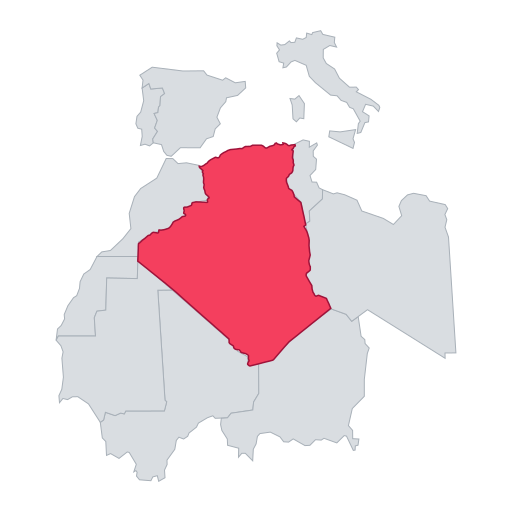 Algeria highlighted among its neighbors
{"feature_id": "DZA", "entity_name": "Algeria", "entity_type": "country or territory", "adm_level": 0, "iso_a3": "DZA", "parent_name": "Africa", "parent_adm1": "", "projection": "equal_earth", "projection_center": [1.791, 28.04], "detail": "fine", "context": "with_neighbors", "style": "filled", "palette": "rose", "viewbox_px": 512, "rotation_deg": 0, "n_neighbors": 10, "source": "natural_earth", "source_scale": "50m", "svg_char_len": 10113}
<svg xmlns="http://www.w3.org/2000/svg" viewBox="0 0 512 512"><path d="M138.2,256.5L137.3,278.6L106.7,278.0L105.8,310.1L96.9,311.2L94.3,317.7L95.5,336.0L58.4,336.0L56.1,340.2L57.5,329.0L61.2,325.5L64.6,318.9L64.2,314.6L67.9,305.7L73.5,297.7L76.7,295.7L79.5,288.4L80.1,281.7L83.8,274.0L90.2,269.5L97.0,256.5L138.2,256.5Z" fill="#d9dde1" stroke="#a8b0b8" stroke-width="1"/><path d="M106.5,455.4L105.8,441.5L102.3,437.9L100.3,422.3L103.6,420.0L105.4,412.3L115.1,415.6L120.6,413.1L124.3,413.9L125.8,411.0L164.4,410.9L166.7,401.8L165.0,400.2L157.8,290.2L172.2,290.0L235.3,345.2L237.6,351.2L247.9,356.9L248.1,365.0L258.6,363.8L258.8,393.4L253.6,402.0L252.8,410.0L231.1,413.2L227.5,417.8L215.2,418.3L212.8,415.8L207.5,417.7L198.4,423.1L196.5,427.1L189.0,433.0L187.7,436.3L183.6,439.0L178.9,437.2L176.3,440.4L174.8,449.3L167.0,460.1L167.1,464.5L164.5,470.1L165.0,477.7L158.7,481.3L157.3,475.7L152.8,476.9L150.9,480.7L139.5,479.8L136.5,476.1L137.1,472.2L135.9,470.6L133.8,471.9L136.3,464.3L129.2,452.4L127.2,452.0L119.0,458.4L110.6,453.6L106.5,455.4Z" fill="#d9dde1" stroke="#a8b0b8" stroke-width="1"/><path d="M56.1,340.2L58.4,336.0L95.5,336.0L94.3,317.7L96.9,311.2L105.8,310.1L106.7,278.0L137.3,278.6L137.9,259.8L172.2,290.0L157.8,290.2L165.0,400.2L166.7,401.8L164.4,410.9L125.8,411.0L124.3,413.9L120.6,413.1L115.1,415.6L105.4,412.3L103.6,420.0L100.3,422.3L88.5,403.9L77.8,396.7L72.4,396.8L67.6,399.6L62.9,398.5L59.5,402.7L58.9,395.7L61.8,389.3L63.4,377.2L61.9,358.2L63.1,351.8L60.9,345.7L56.1,340.2Z" fill="#d9dde1" stroke="#a8b0b8" stroke-width="1"/><path d="M358.2,316.6L361.1,336.3L364.8,339.6L365.1,343.6L369.2,348.0L367.3,353.5L364.3,379.5L364.3,396.3L352.3,408.5L348.4,425.6L352.6,430.4L352.7,438.7L358.9,439.0L358.0,445.2L355.3,445.9L355.1,450.1L353.3,450.4L346.5,436.1L344.2,435.6L336.8,442.9L324.0,438.3L321.2,440.1L315.5,439.7L309.9,445.3L305.0,445.6L293.2,438.9L288.6,442.1L283.7,441.8L280.0,436.9L270.3,432.1L259.9,433.6L257.4,436.4L256.1,443.9L253.3,449.2L252.7,460.8L245.3,453.3L241.8,453.3L238.5,457.2L238.7,448.2L227.6,445.3L227.3,439.0L221.9,430.5L220.6,424.6L221.3,418.3L227.5,417.8L231.1,413.2L252.8,410.0L253.6,402.0L258.8,393.4L258.6,363.8L272.0,358.1L299.2,333.0L331.1,308.9L346.1,314.3L351.7,321.3L358.2,316.6Z" fill="#d9dde1" stroke="#a8b0b8" stroke-width="1"/><path d="M305.4,224.0L301.0,202.2L287.5,187.3L286.5,178.2L291.9,171.6L293.7,161.8L292.0,150.6L293.7,144.6L303.1,139.9L309.4,141.3L309.3,147.2L316.7,142.9L317.4,145.1L313.2,150.9L313.3,156.3L316.5,159.2L315.7,169.5L310.0,175.5L312.0,182.0L316.6,182.2L319.1,187.9L322.6,189.7L322.4,199.0L309.3,211.0L309.8,221.2L305.4,224.0Z" fill="#d9dde1" stroke="#a8b0b8" stroke-width="1"/><path d="M142.1,88.0L148.9,83.5L150.8,89.0L162.4,88.0L164.6,93.6L160.5,96.7L160.0,105.5L158.5,107.2L157.9,112.6L154.1,113.5L157.3,120.4L154.6,128.0L157.5,131.4L152.7,139.0L153.3,142.8L149.6,145.9L145.0,144.2L140.4,145.5L142.2,136.4L141.7,129.2L137.8,128.2L135.9,123.8L137.0,116.3L140.7,112.1L143.7,100.7L142.1,88.0Z" fill="#d9dde1" stroke="#a8b0b8" stroke-width="1"/><path d="M153.3,142.8L152.7,139.0L157.5,131.4L154.6,128.0L157.3,120.4L154.1,113.5L157.9,112.6L158.5,107.2L160.0,105.5L160.5,96.7L164.6,93.6L162.4,88.0L150.8,89.0L148.9,83.5L142.1,88.0L143.0,80.1L139.8,75.2L152.2,67.2L182.9,71.0L203.6,70.8L207.0,75.1L222.6,80.2L225.7,77.8L235.3,82.8L245.2,81.4L245.7,87.9L237.6,95.4L226.5,97.8L225.8,101.6L220.4,107.9L216.9,117.2L220.3,123.8L215.2,128.9L213.2,136.5L206.5,138.8L200.1,147.8L180.4,147.7L171.2,156.3L166.9,155.3L163.7,151.4L161.5,144.6L153.3,142.8Z" fill="#d9dde1" stroke="#a8b0b8" stroke-width="1"/><path d="M306.7,33.1L311.8,34.6L312.6,32.6L320.7,30.7L322.8,34.4L334.8,37.2L334.3,42.5L336.6,47.1L329.8,45.5L323.3,49.4L323.2,57.9L326.3,63.5L334.6,69.0L339.4,78.2L349.5,87.2L356.3,87.1L358.5,89.6L356.3,91.8L370.9,99.3L378.8,105.3L379.8,107.4L378.5,111.5L373.3,106.1L365.6,104.3L362.5,111.7L369.1,115.9L368.5,121.9L364.9,122.6L360.8,132.5L357.2,133.4L358.4,123.6L360.2,121.2L353.3,108.8L349.6,107.3L346.7,102.4L341.1,100.4L337.1,95.8L330.6,95.1L315.4,82.7L309.3,76.3L306.2,65.3L294.9,60.4L291.1,61.9L286.4,67.0L282.9,67.8L283.7,63.1L279.1,61.7L276.7,53.2L279.5,49.9L276.9,45.8L277.1,42.8L280.8,45.1L284.8,44.6L289.4,40.9L290.9,42.6L294.8,42.3L296.4,37.9L302.7,39.3L306.2,37.5L306.7,33.1ZM340.1,131.9L355.6,129.6L353.0,138.8L354.5,142.4L353.0,148.4L328.8,136.8L329.7,130.9L340.1,131.9ZM294.8,99.1L299.0,95.6L304.4,103.6L303.8,118.7L299.8,118.0L296.4,121.8L293.0,118.8L292.2,105.0L290.0,98.5L294.8,99.1Z" fill="#d9dde1" stroke="#a8b0b8" stroke-width="1"/><path d="M101.8,251.9L110.4,250.5L122.8,238.8L130.9,228.6L129.2,213.4L134.5,196.6L140.7,188.5L156.8,178.1L166.2,158.5L172.8,158.6L178.0,163.6L186.5,162.8L199.6,165.5L202.9,173.1L206.3,193.0L208.6,195.6L206.9,200.3L195.0,202.3L190.8,206.8L185.5,207.8L185.0,216.8L174.2,221.6L170.5,227.7L153.7,232.9L138.6,242.0L138.2,256.5L97.0,256.5L101.8,251.9Z" fill="#d9dde1" stroke="#a8b0b8" stroke-width="1"/><path d="M448.5,237.1L455.9,352.9L445.0,353.0L445.1,358.3L367.5,309.7L351.7,321.3L346.1,314.3L331.1,308.9L326.8,301.0L319.2,295.2L314.9,297.5L311.4,290.5L310.9,285.1L305.2,276.0L308.8,270.8L308.0,250.5L309.3,240.5L305.4,224.0L309.8,221.2L309.3,211.0L322.4,199.0L322.6,189.7L333.4,193.9L337.1,192.8L344.8,194.8L357.0,200.2L361.8,211.0L383.3,218.4L393.4,224.5L401.7,215.7L398.9,206.4L401.4,200.6L407.5,194.9L413.6,193.3L426.1,195.7L429.6,201.1L445.2,204.6L447.7,208.6L444.9,214.5L446.8,219.7L445.0,227.2L448.5,237.1Z" fill="#d9dde1" stroke="#a8b0b8" stroke-width="1"/><path d="M295.0,144.7L295.2,145.3L295.3,145.9L294.5,146.5L293.9,146.8L293.3,148.3L292.1,149.3L291.9,149.6L291.9,149.9L292.8,150.3L293.1,150.8L293.2,151.4L292.9,153.5L292.7,155.1L292.5,157.2L292.5,158.0L292.8,159.0L293.2,159.8L293.3,160.6L293.2,162.7L293.7,164.0L294.0,165.1L293.3,166.5L293.0,167.8L292.9,169.5L292.8,170.7L292.4,171.7L291.8,172.7L291.1,173.3L290.2,173.8L289.3,174.5L288.5,176.4L286.8,177.9L286.4,178.4L286.3,179.7L286.4,181.4L286.7,182.8L287.6,184.8L288.4,187.0L288.6,188.2L288.9,188.6L290.0,189.3L291.8,190.3L292.1,190.7L293.0,192.3L294.0,195.0L294.3,196.9L295.9,198.3L297.5,199.7L299.0,200.9L300.6,202.2L300.9,202.6L301.5,205.3L302.1,208.0L302.7,211.0L303.4,214.0L304.2,217.6L304.6,219.6L305.1,222.1L305.8,224.9L304.9,225.6L303.9,226.3L304.7,227.8L306.2,230.2L307.1,232.2L307.4,233.0L308.1,235.5L308.8,237.8L308.9,238.6L309.2,240.4L309.0,245.4L309.6,251.8L310.2,255.0L309.5,257.9L308.8,260.6L308.9,262.0L309.3,264.2L309.8,265.8L310.3,266.6L310.3,269.3L310.1,270.3L308.5,271.7L306.7,273.0L306.2,274.1L306.1,275.3L306.4,276.3L307.7,278.5L309.6,281.9L311.8,285.5L311.9,286.4L312.1,289.0L313.0,292.3L314.0,293.7L314.4,294.8L315.0,295.6L315.7,296.1L316.1,296.2L318.4,295.3L322.4,296.8L326.2,298.3L326.5,298.6L327.3,300.5L328.8,303.6L329.8,306.1L330.8,308.3L326.0,312.2L321.2,316.0L316.4,319.9L311.6,323.7L306.8,327.6L301.9,331.5L297.1,335.4L292.3,339.2L289.0,341.8L287.0,344.1L284.4,347.0L282.0,349.8L280.1,352.0L277.6,354.9L276.3,356.4L273.6,359.6L272.7,360.2L269.0,361.2L265.6,362.0L262.5,362.8L260.3,363.4L258.3,363.9L255.2,364.7L253.1,365.2L250.7,365.8L250.4,365.9L249.9,365.9L249.6,365.9L249.0,365.6L248.2,364.8L247.7,364.4L247.6,363.8L247.9,363.0L248.2,362.3L248.4,361.8L248.6,361.3L249.0,361.0L249.0,360.5L248.7,359.7L248.4,358.6L248.5,356.6L248.5,355.9L248.5,355.7L247.8,354.9L246.4,354.0L245.2,353.5L244.7,353.4L243.4,353.1L241.5,352.5L240.9,352.2L239.7,350.3L239.1,349.8L236.3,349.5L235.4,349.2L234.6,348.7L234.0,348.1L233.6,347.1L233.5,346.3L233.3,345.9L230.2,343.9L229.5,343.2L229.1,342.5L229.1,341.6L229.1,340.4L229.0,339.4L228.9,338.9L227.5,337.7L224.4,335.0L221.3,332.2L218.2,329.5L215.1,326.8L212.1,324.1L209.0,321.4L205.9,318.7L202.8,316.0L199.8,313.3L196.7,310.6L193.7,307.9L190.6,305.2L187.6,302.5L184.5,299.8L181.5,297.1L178.5,294.4L175.9,292.1L173.1,289.7L171.0,288.0L168.9,286.2L166.7,284.4L165.3,283.2L163.5,281.8L161.8,280.4L160.1,279.1L158.4,277.7L156.7,276.3L154.9,274.9L153.2,273.5L151.5,272.2L149.8,270.8L148.1,269.4L146.4,268.0L144.7,266.7L143.0,265.3L141.2,263.9L139.5,262.5L137.8,261.2L137.9,258.6L138.0,256.6L138.1,253.6L138.2,250.9L138.3,248.3L138.3,246.5L138.4,244.7L138.5,243.8L138.6,243.5L139.6,242.9L141.1,241.5L141.7,240.9L142.4,240.2L144.9,238.4L145.4,237.9L147.9,235.7L148.4,235.4L149.7,235.2L150.3,234.8L151.0,233.9L152.1,232.9L152.8,232.5L153.0,232.4L153.4,232.3L155.6,232.6L156.5,232.8L157.6,233.0L158.0,232.9L158.3,232.6L158.7,231.9L158.8,231.1L158.8,230.4L158.9,230.1L159.1,229.9L159.6,230.0L160.2,230.1L161.5,230.1L162.0,230.0L163.5,229.8L165.6,229.3L167.3,228.7L168.6,228.3L170.1,227.0L171.1,225.7L172.3,223.8L173.2,222.1L174.9,221.0L176.4,220.4L177.2,220.1L179.1,219.2L180.8,217.9L182.3,216.6L183.4,216.4L184.9,216.2L185.2,216.0L185.6,215.5L185.6,214.8L185.2,214.2L184.7,213.9L184.3,213.6L183.9,213.5L183.7,213.1L183.8,212.4L183.9,211.8L184.2,211.2L184.1,210.2L183.8,209.3L183.7,208.7L183.7,208.0L183.9,207.5L184.4,207.2L185.1,207.1L185.9,207.2L187.4,207.0L191.3,205.4L191.6,205.0L191.8,203.9L192.1,202.9L192.5,202.6L194.0,202.3L195.8,201.9L196.5,201.9L198.5,202.0L199.9,202.0L202.3,202.2L203.9,202.2L205.3,202.3L207.2,202.4L207.6,202.1L207.6,201.4L207.3,200.2L207.5,199.4L208.2,198.6L209.1,197.8L208.7,196.8L208.0,196.1L207.1,195.3L206.6,194.9L205.7,194.0L205.2,192.9L204.8,190.5L204.2,189.2L203.7,187.6L204.2,184.6L203.5,182.8L203.5,182.0L203.5,181.1L203.7,179.5L203.6,177.3L202.9,175.0L203.2,174.2L203.4,173.8L203.3,173.5L202.7,172.8L202.4,172.2L202.5,171.6L202.9,170.8L202.9,170.5L201.8,169.5L199.9,167.9L199.4,167.2L199.2,166.3L201.0,166.5L201.9,166.4L204.0,165.3L205.8,163.9L207.1,163.2L208.3,161.6L209.3,160.7L210.9,159.6L215.3,157.3L215.9,157.3L217.4,157.8L218.6,157.7L219.5,156.9L220.4,155.0L221.9,153.8L223.7,152.6L226.1,151.5L227.7,150.5L230.3,149.6L236.6,149.0L239.9,148.5L242.1,148.6L244.4,147.0L245.5,146.5L250.3,146.4L252.6,145.2L261.3,145.2L262.3,145.6L263.4,146.2L265.2,147.8L266.1,148.1L267.2,147.8L269.8,146.3L272.8,145.6L274.5,144.7L275.1,143.4L276.5,143.0L277.3,143.9L280.5,144.9L282.4,144.6L283.2,144.3L282.9,142.9L284.9,143.3L286.5,144.0L288.1,145.4L289.2,145.7L291.1,145.0L295.0,144.7Z" fill="#f43f5e" stroke="#9f1239" stroke-width="1.5"/></svg>